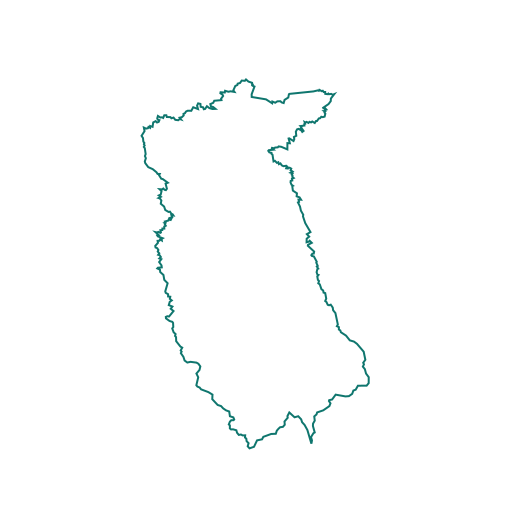 outline of Aracataca, Magdalena, Colombia, rotated 113°
{"feature_id": "7082276B34642639591656", "entity_name": "Aracataca", "entity_type": "district", "adm_level": 2, "iso_a3": "COL", "parent_name": "Colombia", "parent_adm1": "Magdalena", "projection": "equal_earth", "projection_center": [-73.935, 10.652], "detail": "fine", "context": "isolated", "style": "outline", "palette": "teal", "viewbox_px": 512, "rotation_deg": 113, "n_neighbors": 0, "source": "geoboundaries", "source_scale": "gbopen_adm2", "svg_char_len": 6130}
<svg xmlns="http://www.w3.org/2000/svg" viewBox="0 0 512 512"><g transform="rotate(113 256 256)"><path d="M129.6,265.9L126.0,267.9L123.4,267.7L122.4,266.6L122.7,263.3L123.7,261.9L122.3,261.1L120.8,263.5L121.0,264.8L119.5,264.6L119.0,265.8L117.0,262.4L115.8,263.1L115.1,262.4L113.7,263.6L113.8,262.6L112.8,261.9L113.0,259.7L111.6,259.2L111.5,257.5L110.2,256.8L110.6,253.9L108.3,253.5L107.9,252.6L104.8,251.9L104.1,250.8L102.3,250.3L102.1,248.8L100.9,247.3L97.9,247.8L97.2,249.0L96.3,248.9L96.0,250.0L95.4,248.8L94.5,249.5L93.7,248.5L92.9,250.2L93.7,251.6L93.3,252.1L87.8,248.6L84.2,247.7L81.8,248.6L76.4,247.2L77.6,248.4L77.4,250.1L78.6,252.1L78.2,252.9L79.1,253.4L79.7,255.6L78.0,256.4L78.6,257.7L77.8,259.1L78.6,259.8L78.3,262.6L79.4,262.7L79.4,263.8L82.1,267.5L93.6,288.4L94.2,288.9L97.5,288.2L101.1,290.7L104.4,290.3L104.6,292.4L104.0,294.0L105.3,296.8L107.4,298.2L107.4,301.3L109.1,300.8L107.9,308.0L111.3,322.1L108.8,323.2L100.6,323.6L100.6,325.4L99.7,325.8L100.1,326.4L98.1,327.3L98.4,331.1L97.4,334.2L99.1,334.7L100.1,337.7L103.0,338.3L104.5,340.2L105.9,340.0L107.6,341.5L112.3,341.6L113.4,339.9L114.3,343.7L115.6,345.6L116.0,349.0L117.7,348.6L119.1,352.6L120.1,352.4L120.6,349.8L121.5,348.8L124.9,349.6L126.0,348.7L129.4,355.1L131.7,355.2L134.0,357.4L135.9,355.9L135.6,353.6L136.4,350.8L137.7,353.5L138.1,356.7L137.3,359.7L140.5,360.3L141.3,361.4L139.8,362.8L140.3,365.2L137.7,366.6L138.1,368.9L140.6,369.0L143.4,366.8L143.6,371.9L147.6,372.3L149.0,375.7L150.4,376.9L152.3,377.2L153.5,378.3L154.9,377.5L157.2,378.5L158.5,380.3L159.6,378.4L159.7,379.8L161.4,380.6L162.2,383.5L160.8,386.0L162.3,387.7L161.6,389.0L162.9,392.4L161.5,393.5L162.3,395.4L165.2,395.4L165.1,396.8L165.9,398.2L165.4,401.0L167.9,400.7L168.9,399.7L168.7,398.0L170.6,398.0L171.8,399.3L171.1,401.1L173.2,402.8L177.5,401.7L177.7,404.2L179.4,403.6L179.2,405.4L180.6,405.4L181.7,407.0L181.6,409.4L184.6,407.4L190.1,408.3L191.6,406.1L194.7,404.4L195.6,402.9L196.9,402.9L197.7,401.7L199.4,401.9L200.2,400.5L205.3,397.4L207.4,397.3L209.0,395.6L212.4,395.3L213.8,394.2L216.3,389.9L216.4,385.0L217.8,380.3L218.9,378.7L218.1,376.7L219.5,376.8L221.9,373.4L221.6,371.9L223.0,365.8L224.7,367.5L228.9,364.3L230.6,364.7L230.8,366.0L230.1,367.7L231.4,368.5L232.2,370.9L233.2,368.3L236.7,367.7L238.2,369.1L238.7,366.7L240.7,368.3L240.6,366.9L241.9,364.8L245.1,364.1L246.4,359.9L249.1,357.5L249.6,353.7L248.8,352.5L250.2,350.4L250.2,349.0L251.0,347.8L251.6,349.7L253.1,348.3L255.0,350.6L255.7,350.3L254.8,348.5L256.2,348.6L256.5,350.6L257.6,350.5L259.8,353.3L260.5,352.4L261.3,353.2L261.5,352.2L262.4,352.3L263.4,350.9L264.7,352.0L266.6,351.1L267.3,352.9L268.7,352.4L269.6,354.1L271.5,352.7L272.1,353.1L272.0,355.4L273.0,356.2L273.3,357.8L274.8,353.7L275.7,354.9L276.3,354.0L276.1,348.8L277.2,349.6L278.5,348.8L278.2,350.8L279.7,350.9L280.5,352.5L282.2,351.4L286.1,352.7L287.4,351.8L287.4,350.0L288.6,348.2L290.3,348.2L291.3,346.1L293.1,346.5L292.9,345.1L294.1,343.2L296.0,344.0L295.9,341.9L299.4,342.8L301.6,339.3L303.3,338.3L305.1,341.7L306.0,342.0L306.1,339.1L308.2,337.9L309.6,333.8L313.8,331.1L315.6,326.7L324.0,325.7L325.2,324.7L325.5,322.0L327.6,321.1L327.0,319.0L329.1,318.6L329.8,316.2L331.9,317.5L335.3,317.1L335.2,313.2L337.9,313.9L338.9,310.4L345.7,312.4L346.1,314.1L347.3,315.2L348.6,314.5L349.6,310.2L349.3,307.3L350.0,306.2L353.7,304.4L355.4,304.8L358.4,302.0L359.3,299.5L361.2,299.3L361.9,297.9L365.6,296.2L368.9,290.2L369.2,288.1L372.4,288.4L373.1,287.1L374.8,287.2L377.2,283.4L380.1,280.9L380.9,277.6L379.0,274.9L377.4,269.1L377.7,266.9L379.4,264.1L383.0,263.5L387.5,264.9L390.2,261.8L398.3,260.4L399.1,258.9L399.1,256.5L400.2,254.5L399.9,246.6L400.6,241.9L404.9,240.3L408.1,233.1L407.8,229.5L409.1,226.7L409.8,223.2L409.6,219.9L413.7,217.4L413.4,213.8L415.0,212.2L415.9,212.5L416.8,214.6L418.8,215.3L421.7,215.2L422.1,213.9L424.9,212.7L425.4,211.2L424.5,209.4L424.1,206.0L426.1,204.4L427.4,201.9L426.2,200.1L426.4,198.2L425.3,195.9L427.4,195.2L427.9,193.6L430.1,192.3L431.2,189.7L434.4,189.3L435.6,186.8L432.4,183.3L425.3,183.0L422.4,178.8L419.6,178.6L413.9,172.5L411.9,168.3L408.7,168.6L406.2,167.8L404.2,166.9L402.8,164.5L400.1,163.6L397.2,165.1L392.5,163.6L391.1,164.5L387.0,164.2L389.4,157.5L387.0,154.5L388.7,150.6L391.0,148.6L392.5,145.3L396.1,140.7L407.1,131.7L403.9,132.4L401.2,134.6L396.6,133.9L395.5,133.0L390.2,137.2L388.0,138.0L384.6,137.6L380.9,139.7L378.2,138.4L376.1,138.6L371.8,133.8L365.5,129.8L362.5,129.9L361.0,132.2L360.1,132.3L358.4,129.9L352.5,128.5L350.3,118.8L348.7,115.7L345.3,113.6L341.8,113.8L340.1,112.0L335.6,111.5L332.1,103.5L329.0,102.6L323.5,104.9L321.2,108.8L317.6,111.6L316.1,114.4L313.5,114.3L312.4,115.6L308.8,114.8L302.0,119.5L297.4,128.7L296.5,132.4L297.0,136.7L294.1,142.0L293.0,148.1L291.6,149.3L291.3,151.0L289.1,151.9L289.0,154.1L287.1,153.9L277.5,160.6L275.8,163.8L273.5,165.2L271.6,168.2L272.8,169.5L272.9,170.9L270.8,173.2L270.4,174.7L267.8,174.7L263.1,177.8L263.3,179.5L261.5,180.7L261.0,182.8L257.2,186.2L256.8,188.0L254.4,188.2L253.8,189.7L250.9,191.6L249.1,191.1L249.2,192.1L247.2,193.9L244.0,194.4L243.3,193.8L241.9,195.9L241.0,195.3L238.6,197.9L237.6,197.8L233.8,202.5L234.1,204.7L233.6,205.4L231.8,205.0L231.2,203.8L229.2,204.2L226.3,212.3L225.4,212.5L222.1,209.8L221.0,212.6L222.2,213.0L223.6,214.8L220.3,216.1L217.4,214.6L216.0,217.7L212.7,215.2L206.5,223.5L201.1,228.3L199.6,228.6L196.7,232.4L193.3,234.8L190.3,238.3L189.4,237.5L187.5,238.9L186.6,236.5L185.0,238.8L185.2,241.9L182.3,242.8L181.4,247.6L177.4,250.0L176.9,249.5L176.5,251.2L174.7,253.0L173.3,253.4L172.3,252.1L170.8,253.1L169.5,251.8L168.9,253.5L167.7,253.8L167.2,254.9L165.7,254.6L165.8,256.7L164.0,255.3L163.5,257.7L161.8,257.7L161.6,259.3L161.9,260.7L163.0,260.8L163.5,262.5L161.4,262.6L161.1,263.4L162.6,265.8L162.5,267.7L161.2,269.7L162.5,270.8L161.0,272.1L162.1,273.1L161.0,275.8L162.1,276.8L156.3,280.4L155.8,281.8L155.0,282.1L155.4,284.2L154.4,285.8L153.6,285.6L151.4,281.6L151.1,283.4L150.2,283.5L149.7,281.3L148.7,280.8L147.5,278.4L146.3,278.0L145.6,275.4L145.6,268.8L139.8,271.2L139.0,268.9L135.1,271.9L134.7,271.4L135.5,266.4L133.5,266.4L131.6,267.6L129.6,265.9Z" fill="none" stroke="#0f766e" stroke-width="2"/></g></svg>